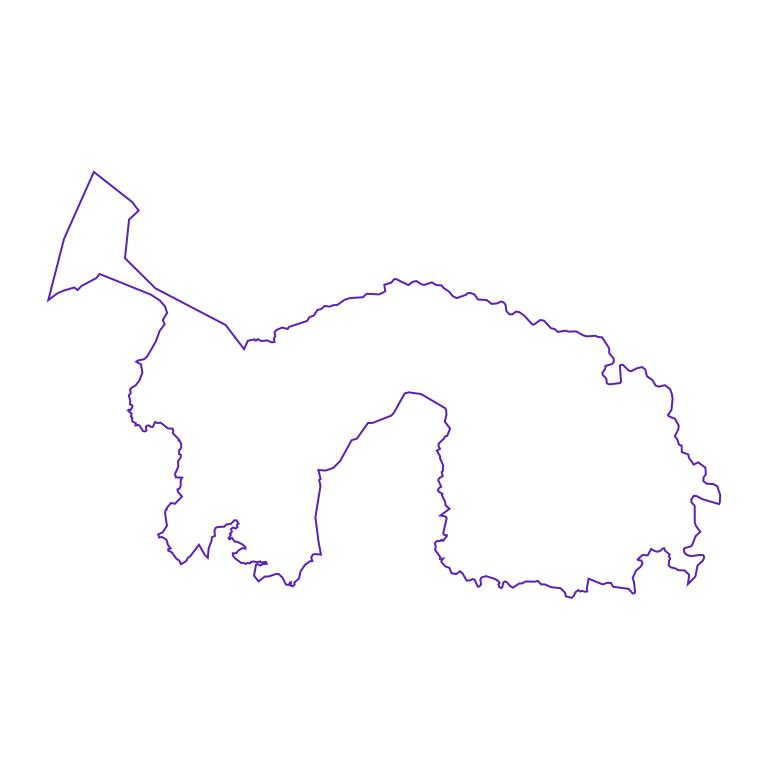 Xochistlahuaca, Guerrero, Mexico, rotated 269°
{"feature_id": "50627088B15605967871825", "entity_name": "Xochistlahuaca", "entity_type": "district", "adm_level": 2, "iso_a3": "MEX", "parent_name": "Mexico", "parent_adm1": "Guerrero", "projection": "orthographic", "projection_center": [-98.192, 16.882], "detail": "fine", "context": "isolated", "style": "outline", "palette": "violet", "viewbox_px": 768, "rotation_deg": 269, "n_neighbors": 0, "source": "geoboundaries", "source_scale": "gbopen_adm2", "svg_char_len": 6157}
<svg xmlns="http://www.w3.org/2000/svg" viewBox="0 0 768 768"><g transform="rotate(269 384 384)"><path d="M201.9,699.8L205.1,701.2L207.2,700.4L207.6,696.9L206.5,688.1L207.5,684.4L209.6,681.7L213.3,680.8L214.7,681.6L216.1,687.6L217.4,689.2L226.4,692.9L230.7,697.7L236.9,693.3L240.4,692.3L256.8,692.5L260.5,689.3L263.2,689.3L266.8,691.7L266.5,694.6L263.3,700.4L258.1,716.8L259.8,717.7L267.2,718.2L276.0,715.4L278.2,711.3L278.7,704.9L281.3,701.6L285.1,701.9L288.0,704.2L294.8,703.9L300.2,696.7L298.0,692.3L304.7,687.7L308.3,686.9L310.7,680.6L317.1,680.5L318.3,677.8L323.5,676.3L326.7,673.9L333.6,677.5L337.3,677.9L344.0,674.5L346.8,668.2L347.9,667.4L353.3,671.0L364.3,672.3L369.2,671.6L373.4,670.1L375.0,668.6L377.9,664.8L376.5,658.6L377.7,655.5L383.0,652.7L387.3,647.0L394.0,645.5L396.4,642.4L395.1,636.5L392.4,631.3L393.1,629.0L399.0,623.3L399.0,620.9L398.1,620.2L382.2,621.0L380.8,620.0L379.7,609.3L380.8,606.8L385.5,606.4L389.2,602.9L391.2,602.5L395.3,605.3L398.3,605.9L400.0,612.4L402.3,614.1L405.4,614.1L410.8,609.8L415.9,609.7L426.8,602.9L427.3,598.7L428.5,596.2L428.1,587.4L429.2,584.0L433.3,577.0L433.1,570.1L434.1,566.0L433.0,558.9L435.9,555.6L436.9,551.9L444.6,545.0L445.2,541.3L441.0,535.2L440.8,533.5L449.8,525.5L453.5,520.5L454.1,517.3L451.3,513.3L451.6,510.5L454.9,507.6L461.1,506.9L463.3,505.2L464.5,502.7L462.6,498.4L462.2,493.0L466.1,488.2L466.9,479.4L472.0,475.9L473.6,471.7L473.5,469.6L471.7,467.3L468.6,458.1L470.8,454.1L475.3,450.6L479.0,445.2L481.6,443.2L482.1,437.8L484.8,433.6L482.4,426.2L482.9,423.5L486.4,418.1L485.6,414.4L482.5,410.0L488.8,397.8L488.4,395.8L485.3,393.1L483.1,386.0L476.7,386.9L475.0,383.7L473.7,380.6L474.5,368.3L471.1,364.3L470.5,351.7L469.0,346.3L463.8,338.5L463.8,335.2L462.3,330.8L463.1,326.0L459.9,322.3L459.3,318.8L453.6,314.9L452.1,310.5L448.4,308.3L442.7,290.0L440.7,288.7L442.2,283.2L440.0,277.7L437.7,275.4L433.8,276.2L431.4,274.8L427.9,275.2L427.6,272.4L429.6,267.9L429.1,262.0L431.1,258.5L429.7,257.0L429.9,255.6L430.9,255.3L429.6,248.6L421.3,244.7L445.8,226.6L483.6,157.2L514.3,127.2L552.9,132.0L561.6,141.7L570.2,135.5L601.1,97.6L534.6,66.6L473.7,49.8L480.4,59.1L483.1,65.8L485.9,76.0L483.2,79.3L487.2,83.1L495.0,98.3L499.0,101.5L477.4,152.5L471.3,161.5L465.5,166.3L458.9,168.4L451.9,164.0L447.5,165.7L441.0,160.6L430.6,156.7L415.4,147.5L413.0,144.6L411.9,138.6L410.6,136.7L407.8,141.4L399.6,142.6L391.9,139.6L386.8,135.5L384.9,131.8L382.8,130.0L379.4,130.6L377.0,128.7L371.5,130.0L368.0,129.6L367.5,131.5L365.9,132.2L362.5,130.3L362.8,128.8L362.0,127.6L358.6,131.2L356.0,130.3L354.6,131.8L353.7,131.3L350.8,131.9L349.1,135.2L346.9,134.8L347.4,137.6L346.4,139.1L341.1,142.2L340.7,144.1L341.5,145.6L345.2,145.2L346.4,146.1L346.7,148.3L345.2,150.1L345.1,152.1L350.0,154.5L349.0,156.4L349.1,160.2L343.4,167.2L343.0,171.9L340.4,172.5L338.6,171.9L332.1,178.0L330.9,177.7L330.4,178.9L327.7,180.1L323.7,180.1L321.3,178.0L317.5,177.9L316.8,179.5L314.2,179.5L310.5,176.8L304.9,176.9L297.9,173.5L294.3,174.2L293.9,180.5L291.4,179.1L285.5,178.9L283.0,177.7L282.2,175.7L279.9,176.0L275.0,180.0L267.9,172.9L268.7,168.9L263.2,164.2L262.2,164.6L261.1,163.2L258.0,162.9L246.0,164.5L239.5,160.1L237.5,155.5L234.4,156.6L234.9,159.3L232.2,163.7L226.6,165.3L223.3,167.8L222.7,165.4L221.1,165.4L219.4,168.9L213.0,173.3L211.0,176.2L207.4,177.8L210.3,183.1L213.3,184.7L215.6,187.6L226.5,196.2L216.3,201.8L213.3,204.8L222.6,205.8L230.3,208.8L233.8,209.3L235.0,212.3L240.3,211.9L243.0,213.1L244.0,215.4L244.1,221.8L246.1,223.7L246.9,228.5L250.4,232.2L250.1,234.3L247.0,236.1L245.7,234.6L243.4,234.9L242.1,233.1L243.1,230.4L241.6,228.5L238.8,229.3L237.0,227.4L235.8,228.2L232.2,225.9L231.4,226.9L232.8,229.2L229.1,231.9L228.7,234.8L225.8,240.1L223.2,242.6L221.8,242.6L222.3,239.4L220.0,235.5L217.3,233.2L217.4,229.9L215.3,229.8L212.3,232.0L207.5,238.2L207.8,239.9L206.5,242.5L207.5,244.5L207.0,246.9L208.5,248.0L208.9,250.4L208.0,254.0L208.8,257.0L207.7,258.0L208.2,262.8L206.2,263.6L206.3,260.4L204.7,257.3L206.0,254.7L205.6,252.9L194.6,250.7L188.9,255.1L193.5,261.4L193.6,265.5L196.0,273.0L195.8,275.5L192.1,279.1L185.2,282.5L184.7,285.5L186.9,286.2L187.5,287.4L184.1,287.3L183.3,289.0L184.9,291.1L186.9,290.8L191.0,295.6L198.2,297.3L204.6,301.9L208.0,306.7L208.2,309.2L211.8,308.2L214.6,309.8L215.2,312.3L214.5,318.0L227.3,315.8L252.0,313.1L283.2,318.7L289.1,317.5L290.2,318.9L299.1,316.9L298.5,324.3L301.0,331.9L307.9,338.9L328.3,350.6L329.9,356.0L345.2,367.2L345.4,372.3L352.3,390.8L355.1,393.4L374.2,404.5L375.2,408.8L373.3,420.9L358.7,444.8L356.7,445.7L352.2,445.9L345.3,444.1L338.3,449.3L331.1,446.3L330.6,444.2L328.5,443.1L323.6,437.8L321.3,437.3L318.2,438.9L316.5,435.7L310.3,439.0L309.4,438.5L301.3,441.8L296.0,441.3L295.0,440.1L291.0,441.1L288.8,437.5L287.0,436.5L280.2,439.4L279.4,437.6L276.8,435.9L275.1,437.1L273.1,440.5L271.9,440.0L265.0,443.1L261.7,443.4L258.1,447.3L251.5,438.1L250.4,443.4L248.6,444.3L233.6,440.6L232.1,441.6L231.6,444.2L230.8,444.2L226.1,440.2L227.2,438.7L226.1,437.5L226.0,434.2L223.8,432.0L220.9,432.9L217.0,432.3L210.2,437.0L208.2,436.9L208.4,440.1L206.5,438.3L204.9,438.3L200.4,442.4L199.0,446.2L193.5,448.3L192.8,453.1L195.4,456.6L193.4,459.1L186.0,463.2L186.1,466.3L187.4,468.9L187.0,471.0L179.7,474.4L179.9,475.9L182.0,477.6L186.6,476.9L188.8,478.0L190.1,482.6L187.2,491.4L185.0,494.8L183.1,496.1L181.6,494.9L179.0,495.6L177.9,497.7L179.1,498.9L182.9,499.6L184.4,501.0L184.0,503.0L179.7,506.7L178.1,509.3L182.2,515.8L182.2,518.6L184.1,522.0L183.7,531.1L184.4,534.4L180.9,537.7L180.8,541.3L178.0,547.4L176.7,557.0L172.1,561.5L168.6,562.0L166.9,567.9L168.8,570.0L172.5,571.9L174.5,574.8L173.1,576.7L173.7,578.2L172.7,581.8L173.1,583.5L176.1,583.2L185.8,585.2L179.8,599.1L181.4,604.1L181.0,607.6L177.3,609.5L174.9,625.0L170.3,628.9L170.4,630.8L171.8,631.4L181.7,630.5L185.6,629.2L193.2,632.8L196.8,637.4L200.1,639.4L203.0,638.2L203.6,634.9L204.3,634.6L208.7,639.7L208.0,644.6L214.4,648.3L212.1,652.0L211.5,654.8L212.7,657.8L214.5,659.6L214.8,661.4L212.6,661.9L208.5,666.6L206.9,665.8L204.3,667.1L202.3,665.9L197.7,665.5L195.7,667.5L194.4,672.4L192.7,674.9L192.3,681.4L187.9,685.8L178.6,684.4L186.1,692.0L197.0,694.3L201.9,699.8Z" fill="none" stroke="#5b21b6" stroke-width="2"/></g></svg>